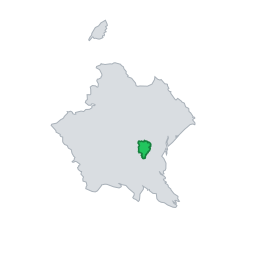 where Vienne sits in France, rotated 216°
{"feature_id": "FRA-5354", "entity_name": "Vienne", "entity_type": "Metropolitan department", "adm_level": 1, "iso_a3": "FRA", "parent_name": "France", "parent_adm1": "", "projection": "equal_earth", "projection_center": [0.44, 46.607], "detail": "fine", "context": "in_parent", "style": "filled", "palette": "green", "viewbox_px": 256, "rotation_deg": 216, "n_neighbors": 0, "source": "natural_earth", "source_scale": "10m", "svg_char_len": 5777}
<svg xmlns="http://www.w3.org/2000/svg" viewBox="0 0 256 256"><g transform="rotate(216 128 128)"><path d="M186.7,105.6L185.3,106.3L184.5,107.7L183.6,108.0L182.0,108.0L181.1,107.1L179.2,107.7L178.4,108.6L179.6,109.7L175.9,114.1L173.5,115.3L173.0,118.2L170.2,120.4L169.2,122.7L169.1,123.2L169.9,124.0L169.6,125.5L168.1,126.5L168.2,127.4L168.6,127.6L170.8,126.8L171.7,125.9L171.2,124.7L173.4,123.2L177.5,123.5L178.1,125.5L177.6,127.2L180.7,130.9L178.2,132.6L178.1,133.7L180.9,137.4L182.6,138.9L181.8,141.4L179.0,143.0L177.2,142.9L176.5,143.3L176.6,144.0L177.9,146.3L181.0,147.8L181.5,149.5L180.7,150.1L179.4,152.7L180.0,154.0L179.8,154.5L180.1,155.4L181.0,156.3L185.3,158.5L189.1,158.0L189.6,159.3L187.4,162.7L187.6,164.3L186.4,164.3L186.2,164.8L183.9,165.9L180.2,169.4L178.5,170.4L177.8,172.2L176.8,173.2L171.4,175.2L170.3,174.7L167.7,174.8L166.0,173.5L162.7,172.7L161.6,170.9L158.7,170.5L158.5,169.3L154.3,170.4L148.4,168.8L146.3,167.0L144.6,167.4L143.1,169.0L136.8,173.3L134.4,177.6L135.0,182.8L136.4,185.3L132.6,184.9L130.3,185.6L129.7,186.7L124.2,185.4L122.2,186.5L121.6,186.4L120.9,185.4L118.2,184.1L118.6,183.3L118.2,182.5L115.7,181.9L114.8,182.7L113.9,181.2L106.8,178.8L105.6,178.9L105.2,181.2L100.6,181.1L100.0,180.7L97.0,181.2L93.9,179.0L90.4,179.5L88.3,177.2L86.3,177.1L83.3,176.0L82.0,175.4L81.9,174.7L81.0,175.7L79.9,175.5L79.7,175.2L80.4,173.9L80.5,172.5L76.9,171.5L76.0,170.4L75.9,169.9L77.9,169.4L79.7,167.4L81.4,160.3L82.7,151.9L83.6,150.3L84.7,149.9L83.9,148.7L82.7,150.3L83.5,142.6L84.8,136.9L87.8,139.2L88.5,140.2L89.4,143.7L91.1,145.1L90.0,143.7L88.9,139.2L88.2,137.9L83.5,134.1L83.3,133.2L85.4,133.7L84.6,130.9L84.1,125.0L81.2,124.4L76.6,121.9L73.5,117.4L73.1,115.7L74.0,114.0L73.3,112.8L71.9,112.1L73.0,110.6L74.0,110.4L77.3,111.3L74.6,109.8L70.1,110.3L68.4,109.8L68.1,108.8L69.3,107.4L67.9,106.6L65.3,106.8L65.0,106.4L65.8,105.5L65.2,105.1L63.1,105.5L61.9,105.2L60.8,104.1L57.5,103.8L56.8,103.2L52.2,101.9L47.4,102.1L46.2,100.0L43.3,98.9L43.9,98.2L46.8,97.6L47.4,97.0L45.3,96.1L44.6,95.2L48.5,95.0L46.7,94.0L42.9,94.1L42.5,92.8L43.0,91.5L45.2,90.3L50.8,89.0L54.7,88.9L57.6,87.4L60.4,87.0L63.0,87.7L66.5,91.5L69.4,89.8L73.7,89.9L74.5,90.8L75.7,89.1L76.6,90.1L81.8,89.8L80.6,89.1L79.6,87.5L79.5,81.7L76.9,77.4L76.3,75.9L76.5,74.6L79.5,74.8L82.1,74.2L83.3,74.6L83.6,77.4L84.7,78.9L91.8,79.4L95.9,80.3L99.4,78.7L102.6,78.0L102.8,77.7L101.0,77.8L99.3,77.2L99.0,76.4L99.9,74.3L104.9,72.0L112.1,70.0L113.9,68.7L116.0,66.3L115.6,65.7L115.8,59.2L116.9,57.1L119.6,55.6L126.5,54.1L127.4,56.1L127.4,57.3L129.3,59.1L130.2,59.6L133.2,58.6L134.7,60.3L135.2,62.2L138.9,63.0L140.0,65.5L140.7,65.0L143.0,65.1L144.1,65.3L145.6,66.4L145.2,67.9L145.8,68.6L145.2,70.0L145.7,70.5L149.9,70.5L151.2,69.9L151.7,68.5L153.0,67.7L153.5,68.0L152.7,70.6L153.3,71.2L153.7,73.1L155.3,73.2L158.5,74.7L161.2,77.1L164.4,76.7L167.0,78.1L169.6,77.4L172.1,78.1L173.0,78.8L175.5,82.3L177.3,81.6L178.6,82.0L179.0,83.0L183.8,82.4L184.7,83.4L185.7,83.7L191.8,85.0L191.9,86.3L188.6,90.0L187.3,95.3L186.3,97.2L186.0,98.5L186.3,99.5L186.2,100.9L185.6,104.4L186.1,105.4L186.7,105.6ZM212.2,179.4L212.0,181.7L212.9,183.4L213.5,190.1L211.8,193.3L211.7,197.2L209.6,201.9L206.0,199.8L204.9,198.7L205.7,196.9L203.6,195.9L204.1,194.2L203.8,193.3L202.4,193.2L202.3,192.8L203.3,191.4L203.2,190.6L201.8,189.6L201.5,188.6L202.8,187.6L202.1,186.7L201.4,186.4L203.1,183.4L204.3,182.5L207.0,181.6L208.1,180.5L209.9,181.1L210.2,180.8L210.6,176.0L211.2,176.0L211.8,176.6L212.2,179.4ZM83.7,131.2L83.3,132.5L81.5,130.2L81.2,129.0L83.7,131.2Z" fill="#d9dde1" stroke="#a8b0b8" stroke-width="1"/><path d="M107.1,127.7L106.1,127.6L105.9,127.7L105.7,128.0L105.3,128.3L104.7,128.5L104.2,128.3L103.8,128.0L103.7,127.8L103.6,127.7L103.4,127.7L103.2,127.7L103.1,127.8L103.0,128.0L102.9,128.3L103.2,128.5L103.1,128.8L102.9,128.9L102.4,128.8L101.0,128.8L100.8,128.7L100.3,128.4L100.0,128.3L99.9,128.1L100.0,128.0L100.0,127.8L100.1,127.6L100.0,127.4L99.9,127.3L99.2,127.1L98.9,126.8L98.9,126.7L99.0,126.4L99.1,126.2L99.5,125.7L99.7,125.4L99.7,125.0L99.7,124.7L99.4,124.5L99.2,124.5L98.8,124.8L98.6,125.0L98.4,125.0L98.2,124.9L98.0,124.6L97.9,124.4L97.9,124.1L97.9,123.9L97.6,123.7L97.5,122.9L97.5,122.6L97.4,122.5L97.3,122.4L97.2,122.2L97.3,121.9L97.6,121.5L97.9,120.8L97.9,120.6L97.8,120.4L97.6,120.3L97.4,120.2L97.3,119.8L97.4,119.6L97.5,119.3L97.7,119.0L97.8,118.7L97.8,118.4L97.6,118.1L97.5,117.8L97.5,117.4L97.5,117.1L97.8,117.1L98.0,117.0L98.0,116.8L98.0,116.7L97.7,116.5L97.5,116.2L97.2,115.2L97.2,114.8L97.2,114.7L96.9,114.6L96.7,114.5L96.7,114.0L96.4,113.5L96.5,113.4L96.6,113.2L96.9,113.1L97.1,113.1L97.2,112.9L97.2,112.7L97.3,112.6L97.6,112.2L97.9,112.1L98.5,112.2L98.6,112.4L98.7,112.5L98.8,112.7L99.0,112.7L99.3,112.6L99.3,112.8L99.3,113.0L99.6,113.0L99.8,113.0L100.0,113.1L100.0,113.3L99.9,113.4L99.9,113.5L100.0,113.7L100.4,113.7L100.6,113.6L100.8,113.6L100.9,113.8L101.2,113.9L101.3,113.9L101.3,114.0L101.3,114.5L101.2,114.8L101.3,115.0L101.3,115.3L101.5,115.5L102.2,115.5L102.8,115.5L103.0,115.4L103.4,115.3L104.3,115.2L104.5,115.2L104.5,114.9L104.4,114.8L104.4,114.7L104.5,114.5L105.2,114.9L105.4,115.0L105.6,115.0L105.8,115.4L106.1,116.0L107.5,117.9L107.9,118.2L108.0,118.3L108.2,118.5L108.3,118.6L108.4,118.9L108.5,119.1L108.4,119.3L108.4,119.5L108.3,119.9L108.4,120.1L108.5,120.4L108.5,120.5L109.0,120.9L109.3,121.0L109.5,121.1L109.7,121.4L109.8,121.5L110.6,121.6L110.8,121.6L111.0,121.7L111.1,121.8L111.2,122.0L111.1,122.5L111.3,122.8L111.6,123.0L111.5,123.8L111.4,123.8L110.9,124.2L110.7,124.2L110.4,124.2L110.1,124.2L110.0,124.3L109.9,124.5L109.7,124.8L109.5,125.0L109.4,125.1L109.4,125.3L109.2,125.5L108.4,125.5L108.2,125.6L107.9,125.8L107.6,126.1L107.4,126.2L107.1,126.2L107.0,126.3L107.1,126.6L107.2,126.8L107.3,127.0L107.4,127.6L107.1,127.7Z" fill="#22c55e" stroke="#15803d" stroke-width="1.5"/></g></svg>